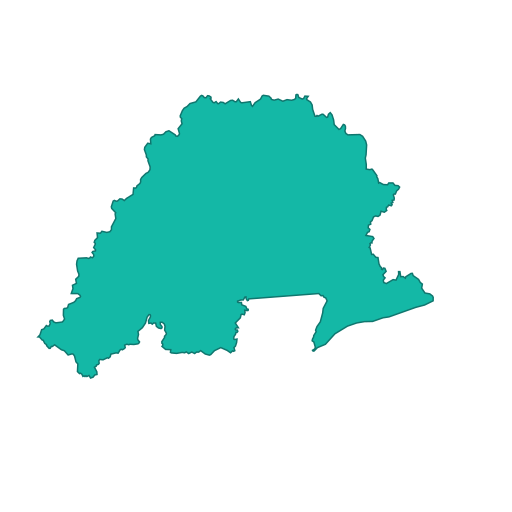 the district of Rurópolis, Pará, Brazil, rotated 198°
{"feature_id": "56859067B88659072528196", "entity_name": "Rurópolis", "entity_type": "district", "adm_level": 2, "iso_a3": "BRA", "parent_name": "Brazil", "parent_adm1": "Pará", "projection": "natural_earth1", "projection_center": [-55.157, -4.2], "detail": "fine", "context": "isolated", "style": "filled", "palette": "teal", "viewbox_px": 512, "rotation_deg": 198, "n_neighbors": 0, "source": "geoboundaries", "source_scale": "gbopen_adm2", "svg_char_len": 6143}
<svg xmlns="http://www.w3.org/2000/svg" viewBox="0 0 512 512"><g transform="rotate(198 256 256)"><path d="M393.8,329.8L395.4,325.0L395.0,322.7L391.5,318.2L390.9,316.4L388.6,314.9L388.2,313.2L384.2,308.0L383.5,305.3L384.4,302.3L386.2,300.5L388.9,295.4L389.4,293.1L388.6,290.8L388.8,289.1L390.9,285.9L390.8,284.5L391.4,283.4L393.4,282.9L392.0,276.6L396.9,270.8L398.4,268.0L400.9,268.8L403.1,268.3L404.7,265.5L405.9,264.9L407.9,265.1L408.8,264.1L408.8,258.1L407.9,256.6L402.8,253.8L403.0,252.5L400.9,248.3L402.5,239.1L401.6,236.4L402.5,233.9L405.2,232.3L410.2,231.9L411.0,229.6L414.3,228.8L412.4,224.5L414.1,221.1L414.1,219.0L412.8,218.4L412.5,217.5L413.0,213.9L410.5,212.3L410.3,211.2L412.6,209.9L413.0,208.7L411.0,207.4L410.2,205.9L410.5,204.8L411.0,203.8L413.1,203.9L413.4,202.8L414.6,201.9L416.6,201.9L424.4,198.9L424.7,196.0L424.1,192.7L421.0,186.6L418.8,184.0L418.3,181.9L420.3,178.2L418.3,174.5L421.5,171.4L420.0,168.5L420.1,163.2L413.8,165.2L411.1,164.2L410.4,163.4L410.6,162.3L413.4,160.0L413.8,157.6L415.0,155.6L419.3,152.0L419.2,148.8L420.1,147.7L422.1,146.9L422.6,145.9L420.9,140.1L418.6,136.9L419.3,134.4L419.9,133.3L425.7,130.6L428.0,130.8L429.9,132.1L431.7,131.2L431.9,129.9L430.8,128.1L431.1,125.5L432.5,124.8L433.9,125.1L435.3,121.0L437.1,119.7L437.1,114.3L438.3,111.7L436.9,112.1L433.4,110.0L432.3,110.1L429.9,107.6L427.9,107.0L427.4,106.0L424.2,104.2L423.2,104.6L422.7,106.8L421.7,107.0L420.1,109.3L412.1,106.7L409.0,106.7L404.1,103.8L400.7,106.1L399.4,106.1L397.7,104.8L394.5,99.7L392.1,98.3L390.1,90.9L387.5,89.6L386.7,90.3L385.1,89.8L383.4,88.0L382.5,88.9L381.4,88.5L380.7,89.6L379.6,89.1L377.9,90.8L375.6,88.8L373.5,90.4L372.6,93.0L370.6,94.2L371.6,96.7L375.3,100.3L373.9,101.9L374.0,103.0L372.4,104.3L372.0,105.5L373.1,107.8L372.7,109.3L369.4,110.0L365.9,113.3L364.7,113.2L363.5,115.1L363.7,117.8L359.2,120.6L357.1,121.0L356.2,124.7L355.4,125.6L354.1,125.5L352.4,127.5L352.1,128.6L353.4,130.6L351.6,132.2L349.5,132.3L348.7,133.1L344.8,134.1L341.1,136.0L340.4,137.1L340.2,138.3L342.6,139.9L343.2,141.2L343.5,145.1L345.0,147.8L341.9,152.7L340.4,158.1L340.7,164.1L339.7,167.2L338.6,167.5L337.9,166.7L337.6,165.4L338.3,161.3L337.1,158.8L335.1,159.8L333.6,159.1L332.7,160.6L330.7,161.2L329.0,158.3L326.5,157.4L323.9,157.6L323.2,158.7L323.6,159.8L325.8,161.3L326.6,163.3L324.9,164.0L322.3,163.1L320.8,161.0L320.0,157.3L317.4,154.9L317.2,153.6L318.2,151.4L317.8,150.2L319.1,145.5L318.5,143.9L317.5,143.5L317.1,142.2L317.5,141.0L313.1,139.2L308.1,140.6L307.6,137.9L306.4,137.7L301.5,138.8L296.4,141.5L293.9,141.9L292.7,143.3L289.9,142.4L287.4,144.8L284.2,144.3L282.9,146.2L280.8,146.9L279.4,148.9L274.0,147.1L269.7,147.3L268.6,148.2L266.2,153.2L261.2,158.0L254.3,157.3L250.3,156.1L249.0,158.5L247.9,158.4L246.9,159.4L248.7,162.1L247.7,163.9L247.7,167.6L248.4,171.1L250.4,170.0L251.5,170.2L252.1,172.5L251.3,175.1L251.5,177.2L250.5,177.4L250.0,178.6L250.8,179.8L252.2,179.4L253.2,180.1L252.6,181.5L250.6,182.3L255.0,185.9L251.8,192.3L252.1,195.7L251.3,196.4L249.0,196.5L248.9,198.7L250.0,201.0L247.6,201.3L246.7,201.8L246.9,202.9L248.4,202.9L250.1,204.9L254.5,205.2L255.5,207.3L258.2,206.3L259.2,206.4L259.6,207.4L256.8,209.5L254.5,210.3L253.9,213.5L252.9,214.0L252.1,212.2L250.4,210.9L249.6,211.5L249.6,213.0L184.7,239.7L181.8,238.3L180.1,239.1L178.6,237.8L176.7,237.7L174.5,235.3L175.9,227.0L175.0,222.5L174.5,213.2L176.2,207.7L176.4,203.8L175.4,202.6L176.5,198.2L176.2,196.7L176.6,194.5L176.4,192.7L174.4,192.1L171.4,187.6L171.4,185.8L173.1,183.8L172.3,183.2L171.4,183.6L169.3,187.8L162.7,193.5L156.9,206.4L147.3,217.6L139.6,223.4L132.6,227.1L124.9,229.8L116.1,236.5L110.7,239.2L88.1,256.6L80.5,261.5L73.7,268.1L74.7,271.4L75.7,272.5L79.0,273.7L83.9,273.0L88.5,276.6L89.1,280.7L91.6,281.6L94.2,284.0L100.5,285.9L101.9,287.8L103.1,287.4L107.1,282.6L107.1,281.1L109.7,281.9L112.0,281.1L114.3,285.6L115.6,285.2L114.6,282.6L115.4,276.3L118.3,275.9L123.5,270.1L126.3,270.2L127.5,272.4L126.5,275.1L128.3,275.9L129.5,277.4L127.5,281.6L129.6,284.1L130.9,284.0L131.6,282.1L132.5,282.2L133.0,283.7L134.5,284.3L136.6,286.5L139.5,292.2L141.7,291.8L145.0,293.9L146.5,293.2L150.0,299.0L151.0,299.1L150.6,301.8L151.5,302.9L150.8,304.1L149.8,304.2L150.2,306.1L149.2,309.1L151.0,310.5L157.8,309.5L157.3,312.9L155.9,314.1L155.9,316.5L158.0,317.4L158.6,320.1L156.7,321.7L157.7,323.9L156.6,325.4L156.3,329.5L154.6,331.1L152.2,331.3L150.7,333.2L150.9,337.2L147.5,337.3L145.7,339.7L146.6,340.7L147.0,342.7L146.0,343.4L145.6,345.4L142.8,345.6L142.4,346.9L143.7,348.1L142.4,349.2L143.7,351.0L142.0,351.9L142.4,353.8L144.3,356.6L143.8,357.6L142.6,358.0L142.4,361.4L141.1,363.5L140.7,365.9L142.6,366.8L145.7,366.1L148.3,367.8L152.3,366.5L152.9,364.4L157.0,363.3L161.1,364.1L161.9,363.3L164.1,367.3L165.7,368.6L165.8,369.7L171.4,373.9L172.6,374.5L174.4,373.3L178.0,372.7L179.4,377.1L182.3,382.9L182.6,386.2L185.1,395.8L187.2,399.2L191.6,402.8L194.8,403.6L206.0,399.6L208.4,400.3L210.1,402.3L210.3,405.0L211.1,407.1L212.3,408.1L213.6,408.1L214.9,403.3L216.2,402.0L222.2,405.1L224.3,409.5L227.3,413.7L229.7,415.3L230.9,413.2L230.8,410.2L231.7,409.6L235.9,411.5L237.0,411.3L240.2,408.1L241.4,408.5L241.8,407.5L243.1,407.1L247.4,412.9L249.3,417.0L251.8,419.3L256.0,420.4L256.5,421.4L255.7,424.0L258.9,423.2L259.4,420.5L260.5,419.6L264.3,420.0L266.1,422.4L267.1,422.3L267.8,421.6L267.0,418.2L267.8,416.8L270.3,415.1L274.8,414.3L278.3,411.5L283.4,412.1L286.9,409.8L289.8,409.7L290.5,410.8L293.2,412.0L298.7,411.1L299.6,410.1L300.2,406.6L304.2,401.6L305.6,397.2L306.9,397.9L309.1,401.0L316.8,397.3L318.1,397.3L321.3,399.9L322.4,396.7L323.5,396.2L326.4,396.9L328.2,396.1L332.4,391.2L334.6,391.9L337.3,391.4L338.5,389.4L339.5,389.1L341.7,390.5L343.1,388.8L344.4,388.8L348.1,391.4L347.5,392.3L348.1,393.3L350.2,393.8L351.6,393.5L352.4,391.1L354.1,390.7L356.1,391.9L357.4,391.9L358.3,390.8L360.8,384.0L365.9,380.6L367.7,376.9L370.0,374.4L370.9,371.6L371.4,365.9L370.8,364.6L369.1,363.7L368.8,361.4L367.2,358.9L369.4,353.0L366.7,349.0L366.5,347.9L367.6,345.6L369.2,345.3L370.3,346.3L377.5,348.2L380.1,346.3L381.6,343.2L383.8,341.8L389.5,340.3L389.5,339.1L392.1,336.4L392.5,334.5L390.7,330.2L393.8,329.8Z" fill="#14b8a6" stroke="#0f766e" stroke-width="1.5"/></g></svg>